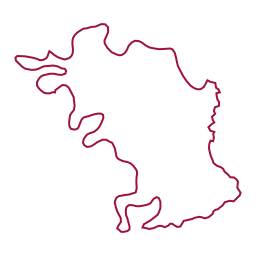 São Jorge d'Oeste, Paraná, Brazil (Albers equal-area conic projection)
{"feature_id": "56859067B52253080464426", "entity_name": "São Jorge d'Oeste", "entity_type": "district", "adm_level": 2, "iso_a3": "BRA", "parent_name": "Brazil", "parent_adm1": "Paraná", "projection": "albers", "projection_center": [-52.964, -25.661], "detail": "fine", "context": "isolated", "style": "outline", "palette": "rose", "viewbox_px": 256, "rotation_deg": 0, "n_neighbors": 0, "source": "geoboundaries", "source_scale": "gbopen_adm2", "svg_char_len": 3337}
<svg xmlns="http://www.w3.org/2000/svg" viewBox="0 0 256 256"><path d="M55.0,92.5L55.5,90.0L62.4,85.0L65.9,85.4L68.6,87.5L69.9,89.8L73.7,97.2L73.9,100.1L74.6,105.0L74.4,107.3L73.8,110.2L71.7,112.7L70.0,115.4L69.1,122.3L69.3,126.0L70.8,128.7L74.1,129.6L76.5,129.2L78.3,127.8L80.5,122.1L81.7,119.5L83.5,117.6L85.8,116.8L89.0,116.1L91.2,115.2L93.9,114.4L97.8,113.6L100.8,113.6L103.0,114.8L103.4,117.8L102.3,120.7L101.1,123.4L99.4,126.8L97.0,129.5L94.3,131.7L89.3,133.4L87.2,134.5L85.3,136.6L83.6,139.4L83.0,142.6L84.2,145.1L86.9,146.9L90.5,146.5L93.1,145.1L97.4,142.1L102.9,139.6L106.5,139.8L109.5,141.7L111.9,142.6L113.1,144.5L114.8,148.2L115.9,153.4L116.4,156.4L117.7,158.4L119.8,159.7L122.6,161.0L127.9,162.2L130.9,163.6L133.3,165.8L135.4,168.5L136.9,171.1L137.1,173.7L136.7,176.1L136.4,179.3L136.4,182.5L136.7,188.1L135.7,192.4L129.2,194.5L124.4,195.1L119.4,196.0L117.4,197.0L115.9,198.7L114.8,201.8L115.1,204.1L115.9,207.4L117.3,211.6L120.7,218.0L120.9,222.0L118.6,225.3L117.2,228.3L121.2,231.8L123.5,231.9L127.5,231.0L129.4,229.4L129.6,226.8L128.5,222.6L127.1,217.6L126.0,215.0L125.8,212.0L125.9,209.6L126.6,206.9L129.0,205.1L132.7,205.2L136.1,206.1L138.6,206.3L142.3,205.8L147.3,204.7L150.4,203.3L153.6,198.8L156.9,197.1L159.0,198.3L160.4,201.8L160.4,208.1L159.0,212.0L157.6,214.8L150.4,220.5L146.4,222.8L144.0,224.1L142.5,227.5L146.0,228.1L149.1,228.9L151.3,228.6L153.8,228.1L156.3,226.8L159.1,225.9L161.6,225.9L164.7,227.2L168.2,225.7L170.0,223.8L172.4,223.8L174.3,225.3L177.1,226.9L180.4,226.5L183.7,220.9L185.9,220.4L192.2,219.0L194.8,217.8L199.1,216.8L202.2,217.4L204.8,218.3L208.6,217.2L212.5,214.1L213.6,211.1L215.5,209.8L217.7,209.3L222.8,205.2L224.7,202.3L229.5,200.8L233.7,201.3L237.3,197.8L239.7,195.4L240.6,192.8L237.3,187.7L238.0,181.7L236.5,179.4L233.7,177.4L230.3,177.3L227.9,174.4L224.6,171.7L223.2,168.9L221.2,167.4L216.7,165.6L213.5,163.0L212.6,160.2L210.8,156.0L209.8,152.2L209.0,148.3L209.3,144.0L210.5,140.7L213.0,141.2L213.9,137.6L213.2,134.1L214.3,131.9L210.4,130.8L208.4,127.2L211.5,124.3L214.3,122.5L212.7,119.7L212.0,116.6L215.1,113.9L213.9,110.9L214.9,107.3L218.9,105.9L219.2,102.3L217.3,99.1L216.7,96.0L216.4,93.2L219.8,92.3L218.3,89.2L216.1,87.8L215.3,82.9L212.7,82.4L210.3,81.8L207.4,80.3L205.1,84.8L203.7,87.1L200.6,89.2L197.4,89.3L193.9,88.0L190.5,85.6L186.6,81.1L183.1,76.0L180.3,70.7L177.9,66.0L176.7,61.1L176.0,57.3L174.7,52.7L172.5,49.4L170.1,48.5L166.0,48.8L159.7,49.2L154.5,48.5L149.6,47.5L145.3,45.2L141.9,42.5L138.5,41.0L134.9,40.8L131.7,42.6L128.7,45.8L126.6,50.5L124.4,53.3L121.8,55.0L119.6,55.3L116.3,54.4L111.5,52.1L107.5,48.0L104.7,43.4L104.5,40.3L106.8,35.4L108.2,31.9L108.0,27.1L105.1,24.3L101.3,24.1L95.5,26.6L91.4,26.9L86.8,28.3L83.6,28.6L79.4,31.1L76.8,33.0L74.7,35.1L73.1,37.8L72.5,40.4L72.4,44.1L73.0,49.5L72.7,53.2L71.5,55.9L69.2,58.1L64.7,59.5L59.8,58.0L57.4,56.9L54.3,55.0L51.6,52.7L49.4,51.2L47.2,57.1L45.7,58.6L43.1,59.9L40.2,60.3L37.1,58.9L32.2,57.6L24.9,56.3L17.4,56.0L15.4,57.7L16.0,60.7L19.4,64.0L22.3,66.8L25.2,68.7L31.6,69.9L35.9,69.6L38.7,68.7L40.8,67.6L44.0,66.3L48.3,66.0L52.8,65.5L56.0,66.0L58.5,66.7L61.3,68.3L64.9,68.9L66.2,70.8L65.3,73.7L61.5,74.9L58.0,74.6L53.7,73.7L49.6,73.8L46.0,74.7L43.5,75.2L40.7,76.6L38.6,79.2L37.0,82.3L37.1,85.7L38.9,88.4L40.8,90.3L43.6,92.5L45.7,93.2L49.4,93.4L52.8,92.2L55.0,92.5Z" fill="none" stroke="#9f1239" stroke-width="2"/></svg>